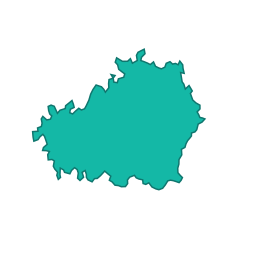 outline of Rio Bom, Paraná, Brazil, rotated 41°
{"feature_id": "56859067B45209441984237", "entity_name": "Rio Bom", "entity_type": "district", "adm_level": 2, "iso_a3": "BRA", "parent_name": "Brazil", "parent_adm1": "Paraná", "projection": "mercator", "projection_center": [-51.442, -23.797], "detail": "fine", "context": "isolated", "style": "filled", "palette": "teal", "viewbox_px": 256, "rotation_deg": 41, "n_neighbors": 0, "source": "geoboundaries", "source_scale": "gbopen_adm2", "svg_char_len": 2367}
<svg xmlns="http://www.w3.org/2000/svg" viewBox="0 0 256 256"><g transform="rotate(41 128 128)"><path d="M88.5,57.9L87.0,61.5L85.9,64.3L86.7,67.6L90.7,71.0L88.8,76.2L84.3,74.1L83.9,77.9L80.1,81.3L77.0,81.9L73.4,82.5L75.2,86.7L78.7,87.1L82.5,89.8L86.3,89.6L90.0,89.3L91.5,92.5L88.5,97.2L90.2,100.8L87.2,102.7L84.1,100.1L81.9,103.9L84.2,107.2L87.1,110.2L87.4,115.8L84.4,114.7L80.9,114.3L75.7,116.5L76.3,121.8L77.6,126.9L80.2,132.6L81.9,138.6L82.6,142.0L81.0,145.0L77.9,145.4L77.3,149.7L77.0,153.7L74.0,154.7L72.2,151.7L73.9,147.8L71.2,145.9L67.7,144.0L67.2,147.1L66.3,152.1L67.9,154.5L65.0,159.2L65.1,163.2L58.1,160.0L54.9,161.2L53.6,164.1L56.7,166.9L59.8,168.8L62.5,168.9L63.7,172.2L61.4,175.2L56.1,175.1L56.6,178.1L60.0,180.7L61.6,183.7L59.7,187.3L62.2,189.5L58.4,193.3L62.3,197.1L65.6,199.7L67.7,195.8L67.3,192.5L67.9,188.6L70.5,189.1L74.7,191.5L77.7,193.3L77.0,198.2L78.3,201.0L81.2,198.7L84.1,197.3L84.9,200.8L88.7,204.4L91.3,201.6L94.0,201.2L96.7,205.8L99.6,207.0L103.9,207.6L105.3,210.4L109.1,212.5L109.5,209.6L107.3,207.9L103.2,202.7L106.9,201.9L109.2,203.1L114.2,200.7L113.2,197.1L113.7,193.0L116.9,192.7L120.0,194.6L122.9,199.0L126.2,199.1L126.8,194.3L122.5,191.6L123.5,188.2L127.0,190.3L128.9,192.5L131.8,193.4L136.2,192.2L135.9,188.2L137.9,186.2L138.5,182.0L138.7,175.8L143.5,175.8L146.6,175.6L148.2,179.7L151.3,179.1L155.7,179.7L158.6,177.7L161.5,176.7L164.5,173.9L164.2,170.2L161.7,167.6L161.5,164.0L163.9,159.5L166.9,160.2L169.6,159.4L173.1,157.5L175.8,160.0L178.4,158.9L179.7,155.7L184.8,156.8L188.9,155.7L191.8,154.3L193.7,150.8L193.5,146.6L192.7,141.8L194.3,139.5L196.8,138.0L199.6,136.8L202.4,135.7L202.4,132.7L201.6,129.7L198.5,129.5L195.0,129.0L191.9,125.7L190.1,121.9L187.2,118.4L186.2,113.0L182.3,109.0L183.7,105.3L182.1,101.8L181.3,98.4L181.3,95.3L181.1,92.4L179.2,90.1L181.1,87.0L181.0,84.2L178.4,79.0L180.0,75.0L180.1,70.7L177.6,71.6L175.3,72.9L172.7,71.6L169.6,70.5L169.8,66.4L167.3,63.6L162.8,64.5L158.5,64.4L152.4,61.0L152.2,57.9L149.6,57.0L146.2,55.9L145.7,61.0L141.4,58.3L138.5,57.6L134.2,54.0L131.3,51.6L134.5,49.9L130.4,46.9L127.8,44.4L123.2,43.5L124.3,47.4L121.5,48.1L119.7,50.5L116.2,50.4L114.4,54.1L115.9,57.9L114.4,61.4L111.8,62.5L108.3,63.4L103.9,61.4L103.2,65.5L100.2,66.2L96.1,67.6L93.4,68.7L91.8,65.7L92.1,60.8L88.5,57.9ZM84.1,100.1L83.8,96.9L80.2,98.8L84.1,100.1Z" fill="#14b8a6" stroke="#0f766e" stroke-width="1.5"/></g></svg>